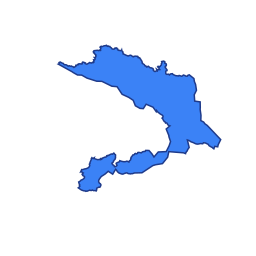 the district of Ulaanxus, Bayan-Ölgiy, Mongolia, rotated 24°
{"feature_id": "93677404B94457736933818", "entity_name": "Ulaanxus", "entity_type": "district", "adm_level": 2, "iso_a3": "MNG", "parent_name": "Mongolia", "parent_adm1": "Bayan-Ölgiy", "projection": "natural_earth1", "projection_center": [88.684, 48.89], "detail": "fine", "context": "isolated", "style": "filled", "palette": "blue", "viewbox_px": 256, "rotation_deg": 24, "n_neighbors": 0, "source": "geoboundaries", "source_scale": "gbopen_adm2", "svg_char_len": 5766}
<svg xmlns="http://www.w3.org/2000/svg" viewBox="0 0 256 256"><g transform="rotate(24 128 128)"><path d="M183.3,74.8L178.0,76.3L175.0,70.7L175.2,65.7L172.0,60.7L169.8,58.6L168.1,56.0L162.3,54.5L161.2,55.6L161.2,56.4L160.1,57.0L159.4,57.1L158.7,56.9L157.0,57.1L156.6,58.2L155.9,58.9L153.3,59.2L153.0,59.9L150.2,60.8L147.4,60.8L146.5,60.3L145.0,61.2L144.2,62.7L143.3,62.3L141.4,63.3L140.4,63.0L140.3,62.7L139.4,60.9L139.5,60.4L140.3,59.7L140.0,59.1L139.8,58.8L138.6,58.3L138.2,57.9L137.5,57.7L137.3,57.1L137.0,56.8L137.1,56.1L137.6,55.7L137.5,55.0L137.1,54.2L136.6,53.8L135.4,53.9L135.1,53.8L134.9,52.7L134.4,52.4L133.3,52.4L131.7,53.6L132.4,54.3L132.5,54.7L132.3,55.6L132.7,56.6L132.7,57.3L132.3,58.1L132.4,58.6L132.1,59.0L131.7,59.2L130.4,59.4L130.2,60.1L132.0,60.5L132.1,61.1L133.2,61.7L131.4,62.8L130.2,62.6L130.4,62.8L130.9,62.9L131.5,64.0L130.8,64.1L129.8,65.4L129.2,65.5L128.1,65.2L127.6,64.9L127.6,64.4L127.0,64.0L126.9,63.7L126.4,63.5L124.6,63.6L123.7,64.0L121.4,63.3L121.1,63.6L121.1,63.9L120.4,64.6L120.1,64.7L119.0,64.0L118.2,64.3L117.2,63.5L115.3,63.2L115.0,62.9L114.5,62.9L114.2,62.1L113.4,61.2L112.7,60.9L111.6,60.0L110.7,59.7L110.5,59.3L109.7,59.2L108.7,59.6L108.3,59.2L108.2,58.8L107.7,58.6L105.1,59.5L104.8,60.0L104.1,60.3L103.8,60.9L101.1,60.4L100.4,60.6L98.8,62.2L96.1,62.3L94.5,62.2L93.4,62.3L93.1,61.5L92.4,61.1L92.4,60.6L90.9,59.9L90.5,59.3L90.5,59.6L89.7,60.4L88.7,60.5L88.4,60.8L87.5,60.9L87.0,60.8L86.7,60.1L85.7,60.0L85.5,59.6L84.9,59.5L84.2,60.1L83.8,60.1L83.9,60.5L83.4,60.9L83.1,61.7L81.5,62.2L81.2,62.2L80.3,61.6L78.7,61.3L78.3,60.9L77.1,61.3L76.8,61.1L76.0,61.8L75.7,61.8L75.5,61.4L74.6,61.2L74.0,61.9L72.5,62.8L71.6,63.9L71.1,64.2L70.3,64.2L69.6,65.1L69.7,65.7L70.5,65.8L70.8,66.3L70.8,67.4L71.4,68.3L71.0,68.6L70.1,68.6L69.6,69.3L68.5,69.4L65.5,71.2L65.5,71.7L65.3,72.2L65.3,72.5L65.9,72.7L65.8,72.9L66.0,73.3L67.2,73.5L67.7,74.0L69.1,74.4L69.1,75.1L69.6,75.7L69.5,76.5L69.6,76.9L68.6,77.3L69.6,77.9L69.9,78.4L69.9,78.9L69.6,79.5L68.9,79.7L69.7,80.6L69.3,81.6L70.0,82.0L69.8,82.4L68.5,83.0L68.1,83.6L66.1,83.9L65.9,84.6L64.4,86.5L62.5,86.5L62.1,86.1L62.2,85.9L60.5,86.0L59.7,86.3L59.6,86.9L59.8,87.1L60.0,88.0L59.9,88.2L57.3,89.2L56.5,89.8L56.5,90.2L56.7,90.4L56.1,90.7L55.5,91.7L54.9,91.8L54.9,92.4L55.2,92.8L53.9,94.7L52.8,94.3L51.9,94.6L51.1,94.4L50.3,95.0L49.1,95.0L48.8,95.1L48.6,95.6L47.9,95.8L46.4,95.4L45.4,95.5L44.6,95.9L43.8,96.0L42.6,95.3L41.7,95.5L39.2,95.3L38.4,96.2L39.0,96.6L38.6,97.8L38.4,98.0L54.5,99.4L55.1,99.6L60.3,100.1L64.2,98.5L70.2,99.1L80.3,98.0L85.2,96.0L96.3,96.4L101.2,94.7L108.9,99.6L116.2,99.7L121.5,100.6L125.7,104.7L131.0,105.2L134.1,104.1L134.9,98.9L142.4,98.8L147.1,101.6L147.0,100.4L148.4,101.2L151.8,102.1L154.0,102.3L154.9,102.7L155.3,103.2L155.5,104.1L155.1,104.9L155.1,105.2L156.1,105.5L156.6,106.1L158.4,107.3L159.7,107.5L160.3,108.2L161.1,107.7L161.6,107.7L162.4,108.2L162.7,108.7L164.1,109.1L165.4,109.0L163.3,113.4L168.3,118.2L169.0,119.4L172.4,123.1L172.8,127.6L172.5,134.0L165.4,137.6L163.5,143.9L160.4,141.9L156.3,140.0L153.2,141.3L153.2,142.4L151.9,143.1L150.8,144.0L150.7,144.5L150.1,145.4L148.7,145.6L147.1,146.2L146.9,146.5L147.0,147.2L146.5,148.0L146.2,148.2L145.1,148.2L144.6,148.9L144.7,149.3L144.3,150.1L143.4,150.6L143.0,153.0L142.7,153.5L142.9,154.3L143.1,154.4L143.0,155.1L143.3,155.7L143.3,156.3L142.6,157.6L142.7,158.7L140.5,158.7L139.3,159.8L137.9,160.5L135.9,161.0L133.8,161.2L133.9,162.2L131.6,164.8L131.6,165.3L132.0,165.7L133.2,166.5L133.1,167.0L132.7,167.8L132.0,168.6L131.3,168.8L131.0,168.3L130.2,167.9L128.8,167.7L127.6,166.7L127.8,166.1L128.3,165.6L128.3,165.0L128.4,164.5L128.2,164.2L128.4,163.1L128.9,161.9L128.7,161.2L128.8,160.3L128.3,159.7L128.0,158.5L127.4,157.5L126.5,157.4L125.5,156.7L125.2,156.7L124.5,158.2L123.4,158.5L122.4,159.5L122.2,160.0L121.7,160.4L121.6,160.9L121.4,161.0L121.4,160.8L120.7,161.2L120.4,162.1L119.8,162.1L119.8,163.0L119.6,163.6L118.3,164.3L117.7,165.2L117.1,165.6L116.6,167.4L116.1,167.7L115.7,168.2L115.2,168.3L115.8,167.1L115.6,166.9L115.1,167.8L114.9,168.3L113.1,169.3L110.6,169.6L110.2,169.3L110.4,169.2L109.6,169.6L109.1,169.4L109.1,169.1L108.8,169.5L109.2,169.8L108.5,170.1L108.0,170.2L107.1,169.8L106.9,170.9L107.3,171.6L107.3,175.0L107.7,175.7L107.4,176.6L107.5,176.9L108.3,177.8L108.4,179.1L107.7,180.7L106.2,182.3L105.1,183.0L103.3,184.6L102.6,184.8L102.6,187.3L103.3,186.6L104.1,187.2L105.4,187.3L104.9,188.7L105.0,189.1L105.7,189.1L105.8,189.6L106.4,189.9L107.1,189.8L108.2,190.3L108.2,190.8L108.5,191.3L108.1,192.5L107.1,194.0L106.4,194.5L106.0,195.8L104.9,197.4L106.4,199.2L106.9,199.4L107.0,200.3L107.7,200.7L107.5,201.4L107.5,201.8L106.9,202.9L110.6,203.6L113.0,203.4L114.6,202.9L115.2,203.0L115.4,202.7L116.3,202.4L118.4,200.3L119.5,200.2L120.1,199.9L120.6,199.2L122.1,199.2L123.4,198.5L124.5,198.5L124.5,198.1L124.3,198.0L124.6,197.7L124.6,197.2L124.1,196.5L124.0,195.6L125.4,193.9L126.4,193.6L126.6,191.8L126.4,191.0L126.1,190.6L125.2,190.1L124.4,190.1L123.1,189.1L123.0,188.9L122.5,187.6L122.6,187.2L122.6,186.3L123.3,183.2L125.9,179.2L127.5,175.6L132.8,176.4L133.5,170.7L134.5,171.1L136.1,172.2L138.0,172.8L140.9,172.6L142.1,172.2L143.2,171.0L144.7,169.7L145.5,169.4L146.7,169.6L149.2,168.8L149.3,168.5L150.7,167.9L152.1,166.5L159.0,163.2L166.0,152.2L168.2,150.3L174.0,146.5L176.1,138.6L174.9,133.0L188.8,128.1L191.0,128.0L190.8,127.0L191.0,126.6L191.0,125.7L191.4,125.0L191.4,124.5L191.3,123.6L191.8,120.9L187.1,114.8L188.9,114.6L191.2,115.0L193.5,114.8L196.1,114.9L197.7,114.6L199.0,113.9L200.4,112.8L202.7,112.0L202.9,110.8L204.8,110.2L207.9,110.3L209.3,111.2L211.9,111.5L213.1,111.5L213.8,111.9L214.9,112.1L214.7,109.5L217.6,108.7L217.2,106.6L217.4,100.9L199.3,93.4L196.6,92.9L194.7,91.8L191.5,91.6L189.5,86.7L186.3,81.6L185.7,79.9L183.3,74.8Z" fill="#3b82f6" stroke="#1e3a8a" stroke-width="1.5"/></g></svg>